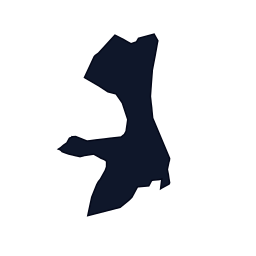 the district of Mawza', Ta`izz, Yemen, rotated 24°
{"feature_id": "15242507B74407573652293", "entity_name": "Mawza'", "entity_type": "district", "adm_level": 2, "iso_a3": "YEM", "parent_name": "Yemen", "parent_adm1": "Ta`izz", "projection": "natural_earth1", "projection_center": [43.597, 13.366], "detail": "fine", "context": "isolated", "style": "filled", "palette": "ink", "viewbox_px": 256, "rotation_deg": 24, "n_neighbors": 0, "source": "geoboundaries", "source_scale": "gbopen_adm2", "svg_char_len": 1720}
<svg xmlns="http://www.w3.org/2000/svg" viewBox="0 0 256 256"><g transform="rotate(24 128 128)"><path d="M179.1,142.1L179.1,141.5L179.1,141.4L178.9,140.5L178.8,140.2L178.5,139.3L178.4,138.9L172.7,133.5L151.4,113.5L146.5,108.9L143.4,103.5L141.3,99.7L140.1,97.7L139.0,95.9L138.1,94.3L138.0,94.1L135.6,90.0L131.7,79.3L127.0,66.1L126.8,65.8L125.3,59.4L123.4,51.2L122.8,48.7L122.5,47.7L122.4,47.1L121.8,44.6L120.2,38.2L119.8,36.2L114.0,31.9L113.8,31.6L113.7,31.6L113.3,31.9L112.2,32.8L109.0,35.4L101.1,41.8L101.1,42.3L100.7,45.9L96.5,49.8L92.6,49.5L87.1,48.9L86.1,48.9L78.3,48.5L70.6,71.6L68.6,75.0L68.1,76.6L67.7,99.6L84.6,101.4L86.3,101.7L94.9,103.1L103.2,101.7L112.6,107.4L124.3,120.3L124.5,120.9L125.6,124.7L127.1,130.1L127.6,131.7L127.3,135.4L126.4,137.0L125.4,139.1L125.0,139.3L115.9,144.6L115.7,144.7L111.3,147.4L103.3,152.1L97.8,155.5L95.8,156.6L91.3,156.8L90.2,156.8L88.2,156.9L83.6,157.1L80.8,158.6L80.5,158.8L80.3,158.8L80.3,159.0L80.4,159.4L80.3,159.5L79.3,160.4L78.7,161.0L78.6,161.3L78.2,166.5L76.1,169.9L74.5,173.3L74.4,173.5L73.0,175.6L75.0,175.5L76.4,175.9L77.4,176.4L81.0,176.2L84.3,175.9L84.5,175.9L86.0,175.6L88.1,175.2L88.3,175.1L89.8,174.9L91.9,174.5L93.2,174.2L95.8,173.7L98.5,171.6L99.0,171.1L102.3,169.0L107.3,165.8L113.1,166.3L114.2,166.4L115.0,166.4L115.1,166.6L119.0,166.5L119.5,166.5L122.0,167.1L124.2,172.2L124.5,176.1L123.6,186.1L122.8,188.9L122.5,192.4L123.0,205.9L126.9,224.4L153.1,203.6L158.1,193.7L158.7,192.3L159.7,189.6L160.6,177.9L170.5,172.4L170.9,166.4L172.3,165.3L177.4,162.5L179.4,160.9L179.6,160.8L182.5,170.2L183.3,169.0L188.3,162.5L188.3,161.1L185.7,157.2L184.7,155.6L183.9,154.3L181.1,150.3L180.8,149.9L179.1,142.1Z" fill="#0f172a" stroke="#020617" stroke-width="1.5"/></g></svg>